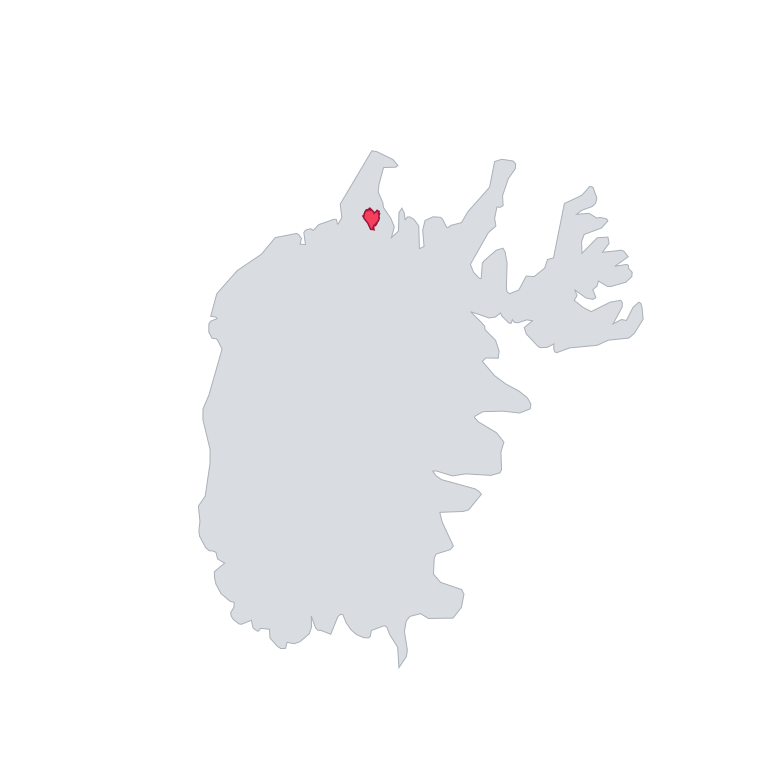 Mosfellsbær, Höfuðborgarsvæði, Iceland (highlighted), rotated 124°
{"feature_id": "244011B92465939344192", "entity_name": "Mosfellsbær", "entity_type": "district", "adm_level": 2, "iso_a3": "ISL", "parent_name": "Iceland", "parent_adm1": "Höfuðborgarsvæði", "projection": "mercator", "projection_center": [-21.613, 64.146], "detail": "fine", "context": "in_parent", "style": "filled", "palette": "rose", "viewbox_px": 768, "rotation_deg": 124, "n_neighbors": 0, "source": "geoboundaries", "source_scale": "gbopen_adm2", "svg_char_len": 6509}
<svg xmlns="http://www.w3.org/2000/svg" viewBox="0 0 768 768"><g transform="rotate(124 384 384)"><path d="M562.2,232.6L568.1,233.0L577.7,228.7L591.6,215.8L597.5,213.0L610.8,213.0L594.6,225.5L588.6,239.0L584.1,245.6L584.1,248.6L595.5,256.7L601.0,254.1L603.4,255.1L605.6,259.0L607.1,266.6L606.1,274.5L602.8,282.4L598.3,289.0L599.0,291.1L602.5,292.2L621.3,288.2L623.4,297.9L625.1,301.1L624.5,304.3L617.1,314.6L625.9,308.2L632.8,306.3L644.7,309.6L649.6,313.3L652.4,319.9L658.3,317.8L661.0,321.6L661.1,325.6L658.4,336.4L651.4,341.9L655.6,349.7L659.2,349.9L659.8,351.7L659.4,356.3L654.0,361.8L662.9,367.8L664.0,370.1L663.5,377.0L661.9,380.9L659.3,383.2L652.8,383.6L648.9,386.1L650.2,390.3L648.9,401.9L643.9,411.4L639.1,416.4L634.5,419.7L621.6,416.0L622.1,424.2L617.5,429.2L618.4,433.3L620.0,435.5L619.2,440.8L613.3,451.8L609.2,455.4L600.9,459.7L589.0,469.6L577.0,469.5L547.4,483.7L535.7,491.4L514.8,514.2L505.9,520.1L490.9,523.0L445.6,537.8L440.6,546.7L440.3,548.6L442.3,552.0L438.9,558.3L432.1,562.8L428.8,562.8L423.2,559.0L422.5,560.8L424.8,565.5L402.6,573.1L372.0,569.1L345.0,558.2L323.4,556.0L308.2,540.8L307.8,538.4L309.5,533.8L315.0,531.8L312.3,527.1L303.2,535.2L300.2,535.0L296.3,531.7L296.1,528.5L288.5,527.3L275.3,517.5L274.3,515.3L277.5,512.1L276.8,511.5L269.6,512.0L259.3,520.9L197.5,524.5L195.4,519.8L192.9,502.2L195.0,494.7L197.6,495.4L204.8,505.4L221.3,499.8L228.1,496.1L234.3,486.4L237.9,483.2L242.9,470.9L248.0,463.3L258.5,459.7L249.1,457.5L233.5,467.5L228.2,467.5L230.7,463.1L236.0,458.3L232.3,457.9L230.9,455.7L230.8,451.1L233.5,443.6L252.0,430.3L247.6,427.7L234.9,437.9L225.5,441.4L217.9,436.8L214.3,430.5L214.5,427.8L219.0,419.8L218.3,418.2L215.2,417.4L207.0,410.0L194.0,410.8L161.9,406.5L137.7,416.7L131.8,412.0L127.0,401.8L128.0,397.8L132.2,395.5L144.1,395.8L161.6,391.0L169.5,385.0L172.6,386.5L174.1,389.4L184.8,384.9L190.5,379.6L200.2,382.1L236.5,379.3L241.2,372.4L243.1,364.1L242.3,362.4L228.9,370.0L225.9,369.9L210.4,365.8L204.9,361.3L206.7,357.6L214.9,349.6L235.7,336.4L238.7,333.7L239.0,330.5L230.7,324.8L215.0,326.4L211.0,319.6L198.0,315.6L189.3,318.1L184.7,314.0L133.5,335.4L116.9,325.5L105.0,323.9L104.0,320.8L110.9,311.4L115.6,309.7L120.4,310.6L129.4,317.2L135.7,319.2L127.9,309.6L127.5,300.3L125.0,297.9L122.6,291.7L123.6,289.6L133.0,290.9L148.1,301.7L155.5,299.8L165.0,292.9L143.5,289.0L137.0,280.5L141.6,276.0L152.7,276.6L140.3,261.9L139.8,259.3L141.9,252.7L157.4,258.5L149.2,249.7L149.0,247.8L151.3,246.1L152.6,240.7L156.5,238.6L164.3,240.4L176.5,250.6L178.2,253.5L178.7,263.8L183.5,262.2L189.1,263.6L193.9,256.6L197.1,258.2L199.7,264.5L199.4,278.2L202.7,273.4L208.3,273.1L209.2,261.8L208.1,252.7L189.6,242.2L182.3,234.6L183.2,232.0L186.8,229.6L206.1,227.7L197.8,223.2L195.8,218.6L181.1,220.4L173.7,218.5L173.5,216.1L176.5,212.7L185.4,205.4L202.3,204.8L209.1,206.8L222.2,222.5L232.7,228.9L250.2,250.2L261.4,258.3L261.9,260.3L260.1,262.8L255.8,265.6L262.4,269.2L266.4,274.7L266.7,277.1L263.0,293.9L258.8,299.3L248.5,296.2L251.0,301.5L258.4,307.2L260.0,310.4L258.9,313.5L262.4,312.5L263.6,314.3L261.9,323.8L260.1,327.2L266.2,329.1L270.5,333.8L275.6,352.7L278.4,338.2L279.8,332.8L282.4,330.8L285.4,315.9L292.3,307.0L298.7,303.7L305.5,314.1L310.2,315.2L315.3,296.8L315.9,283.2L314.4,268.1L315.3,257.3L318.6,250.9L322.9,248.9L332.2,255.3L340.0,270.3L351.6,286.5L359.8,290.6L361.2,290.1L362.6,284.8L361.5,263.4L365.2,252.0L374.9,249.1L389.4,238.6L392.8,238.2L400.0,244.3L412.8,266.0L422.0,276.0L426.8,291.9L428.9,294.9L430.9,289.9L431.1,282.8L420.0,249.7L419.9,245.2L420.9,241.6L441.0,243.4L445.4,247.1L459.2,266.0L466.1,258.3L479.6,235.8L484.3,236.5L495.8,245.7L500.4,244.9L513.9,236.7L516.8,226.2L511.0,204.7L513.5,200.2L526.0,194.9L539.5,195.9L553.5,216.0L554.0,225.3L562.2,232.6Z" fill="#d9dde1" stroke="#a8b0b8" stroke-width="1"/><path d="M246.3,494.2L246.6,494.0L246.9,494.0L247.0,494.0L247.1,493.9L247.3,493.9L247.3,494.0L247.6,494.2L247.6,494.3L247.6,494.5L247.8,494.5L248.0,494.7L248.3,494.5L248.5,494.4L248.9,494.5L248.7,494.7L248.7,494.8L248.8,494.9L248.8,495.0L249.0,495.1L249.0,495.3L249.2,495.5L249.3,495.4L249.3,495.5L249.2,495.7L249.3,495.8L249.5,496.0L249.8,496.0L249.9,495.9L250.0,495.9L250.3,495.9L250.5,495.9L250.5,496.0L250.8,495.9L250.8,496.0L251.0,496.0L251.2,495.9L251.5,496.0L251.7,495.9L251.8,496.0L251.9,495.9L252.1,495.9L252.3,496.0L252.5,495.8L253.7,495.5L253.8,495.6L254.0,495.4L254.3,495.4L254.5,495.3L254.6,495.2L254.9,495.1L255.0,495.0L255.1,494.9L255.4,494.8L255.6,494.9L255.7,495.1L255.8,495.2L255.9,495.3L256.2,495.2L256.4,495.3L256.4,495.2L256.5,495.3L256.4,495.4L257.9,493.1L259.7,487.4L263.2,481.6L261.7,478.6L261.6,478.8L261.4,479.0L261.2,479.0L261.0,479.3L260.9,479.3L260.7,479.5L260.6,479.9L260.6,480.0L260.6,479.9L260.5,480.0L260.4,480.1L260.2,480.3L260.3,480.4L260.2,480.4L260.1,480.5L259.9,480.5L259.7,480.6L259.4,480.8L259.5,480.9L259.4,480.8L259.4,480.7L259.3,480.8L259.2,480.8L259.1,480.7L259.0,480.8L258.9,480.9L258.4,480.7L258.3,480.8L258.2,480.6L257.9,480.7L257.7,480.6L257.5,480.4L257.5,480.2L257.4,480.1L257.5,480.0L257.5,479.9L257.4,479.9L257.2,479.6L256.9,479.7L256.7,479.8L256.4,479.8L256.3,479.7L256.1,479.7L256.1,479.8L256.0,479.7L255.9,479.7L255.8,479.8L255.7,479.7L255.4,479.7L255.2,479.6L254.9,479.7L254.9,479.8L254.8,479.7L254.7,479.7L254.6,479.8L254.4,479.9L254.3,480.0L254.2,479.9L253.9,480.0L253.7,480.2L253.2,480.1L252.9,480.1L252.5,479.8L252.4,479.8L252.0,479.9L251.9,480.0L251.7,480.0L251.4,480.0L251.2,480.3L250.8,480.3L250.6,480.2L250.4,480.2L250.2,480.3L249.9,480.3L249.7,480.4L249.5,480.6L249.4,480.7L249.3,480.8L249.2,480.9L248.9,480.9L248.9,481.0L248.8,481.3L248.8,481.5L248.7,481.6L248.3,481.7L248.2,481.7L248.0,481.8L247.6,482.0L247.4,482.2L247.1,482.3L246.9,482.5L246.5,482.6L246.3,482.8L246.1,482.9L246.0,483.0L245.8,483.0L245.5,482.8L245.4,482.8L245.5,482.8L245.5,483.0L245.4,483.0L245.5,483.2L245.6,483.3L245.8,483.4L245.8,483.5L246.0,483.5L246.0,483.8L245.9,483.9L245.8,484.0L245.6,484.0L245.4,484.0L245.2,484.0L245.2,483.9L245.3,483.8L245.2,483.8L245.1,484.0L244.9,484.1L244.7,484.2L244.6,484.4L244.6,484.5L244.4,484.5L244.2,484.6L243.9,484.5L243.7,484.5L243.6,484.8L243.8,484.9L244.0,485.0L244.0,485.3L244.0,485.5L244.0,485.8L244.0,486.0L243.9,486.1L243.8,486.3L243.7,486.4L244.2,487.1L245.3,486.7L245.3,487.0L245.9,487.1L247.9,487.8L247.5,488.1L247.4,488.1L247.3,488.3L247.2,488.3L247.2,488.8L246.4,492.0L247.4,492.5L247.1,492.6L246.8,492.8L246.5,492.9L246.4,493.0L246.2,493.4L246.1,493.5L246.2,493.8L246.2,494.0L246.3,494.2L246.3,494.2Z" fill="#f43f5e" stroke="#9f1239" stroke-width="1.5"/></g></svg>